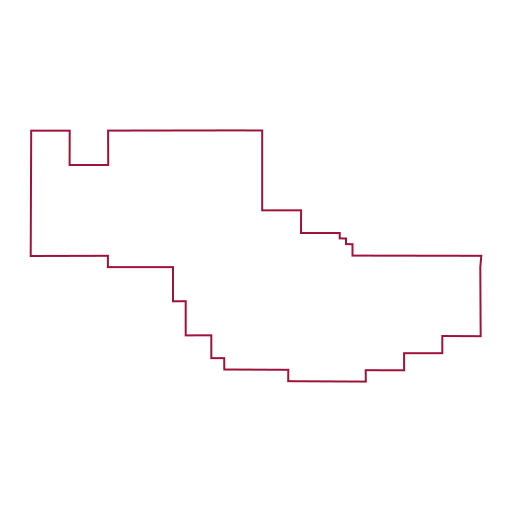 Prairie, Montana, United States of America (Equal Earth projection)
{"feature_id": "52423323B29603956786477", "entity_name": "Prairie", "entity_type": "district", "adm_level": 2, "iso_a3": "USA", "parent_name": "United States of America", "parent_adm1": "Montana", "projection": "equal_earth", "projection_center": [-105.314, 46.861], "detail": "fine", "context": "isolated", "style": "outline", "palette": "rose", "viewbox_px": 512, "rotation_deg": 0, "n_neighbors": 0, "source": "geoboundaries", "source_scale": "gbopen_adm2", "svg_char_len": 602}
<svg xmlns="http://www.w3.org/2000/svg" viewBox="0 0 512 512"><path d="M30.7,256.0L107.9,255.8L107.9,267.1L173.0,267.1L173.0,301.3L185.7,301.2L185.7,335.4L211.3,335.3L211.3,358.1L224.2,358.1L224.3,369.5L288.3,369.8L288.2,381.2L365.8,381.6L365.7,370.2L404.1,370.3L404.1,353.2L442.3,353.2L442.3,336.0L480.7,336.2L480.6,324.8L480.3,267.2L481.3,255.8L352.5,255.6L352.5,244.2L346.0,244.1L346.0,238.5L339.7,238.4L339.7,233.0L301.0,233.0L301.1,210.3L262.2,210.3L262.2,130.5L237.5,130.4L108.1,130.6L108.2,165.0L69.6,165.0L69.7,130.7L31.2,130.7L30.7,256.0Z" fill="none" stroke="#9f1239" stroke-width="2"/></svg>